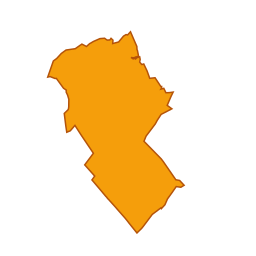 the district of Arivechi, Sonora, Mexico, rotated 243°
{"feature_id": "50627088B87528295570068", "entity_name": "Arivechi", "entity_type": "district", "adm_level": 2, "iso_a3": "MEX", "parent_name": "Mexico", "parent_adm1": "Sonora", "projection": "mercator", "projection_center": [-109.041, 28.858], "detail": "fine", "context": "isolated", "style": "filled", "palette": "amber", "viewbox_px": 256, "rotation_deg": 243, "n_neighbors": 0, "source": "geoboundaries", "source_scale": "gbopen_adm2", "svg_char_len": 1776}
<svg xmlns="http://www.w3.org/2000/svg" viewBox="0 0 256 256"><g transform="rotate(243 128 128)"><path d="M41.7,123.0L42.8,126.0L46.9,131.0L50.8,138.6L51.8,140.4L53.9,144.4L51.2,148.2L51.5,152.0L57.8,150.2L60.2,147.1L81.9,144.2L85.3,143.6L108.9,136.2L112.3,140.1L112.7,140.7L119.2,154.1L121.6,157.6L125.1,163.7L125.2,175.8L130.4,173.2L136.7,180.8L139.5,184.5L140.8,180.8L142.2,177.8L147.1,177.9L147.7,175.1L148.1,175.8L148.5,176.1L149.7,176.8L150.0,176.1L160.5,174.9L162.4,169.9L170.1,170.9L177.9,171.1L178.3,169.1L181.4,168.3L183.6,170.0L186.1,170.7L186.6,167.8L186.6,167.6L186.2,166.8L186.1,166.0L187.1,165.7L187.5,165.1L187.2,164.7L188.0,164.4L187.5,163.8L189.5,162.7L188.5,164.0L187.9,165.2L187.7,166.7L187.7,166.8L187.8,166.9L187.1,170.0L192.8,171.6L193.7,171.6L196.0,172.6L196.6,172.9L200.1,173.1L212.6,173.9L211.1,169.9L212.1,168.7L211.9,165.7L208.9,158.7L210.2,152.7L213.1,154.5L215.6,153.6L214.7,151.8L215.7,149.5L216.7,148.8L218.6,147.9L220.4,143.6L220.8,136.4L220.6,133.4L220.6,132.2L219.5,128.0L223.7,125.0L223.6,124.5L223.4,122.6L222.6,117.0L225.6,108.2L224.8,103.1L224.6,102.1L224.3,101.4L222.3,96.0L221.6,91.9L209.8,79.6L209.2,81.9L205.2,85.5L204.7,86.7L192.7,88.6L189.8,90.2L188.0,89.2L184.7,89.1L180.4,88.3L173.6,84.7L172.5,83.9L171.6,83.2L169.9,77.8L158.0,73.5L152.0,71.5L151.7,75.3L154.4,81.9L142.6,83.1L121.2,85.7L114.8,72.7L100.3,76.5L98.1,72.3L82.9,75.9L81.9,76.1L77.6,77.1L77.1,77.2L76.9,77.3L76.6,77.4L75.9,77.6L75.5,77.6L75.3,77.7L74.5,77.8L73.8,78.0L73.3,78.2L72.7,78.4L72.1,78.5L65.5,80.3L64.0,80.7L62.9,81.0L62.0,81.2L61.7,81.3L60.7,81.5L53.3,83.4L52.9,83.5L49.0,84.5L43.6,85.6L43.4,85.6L30.4,88.3L32.4,94.7L33.3,96.7L35.3,100.8L38.1,106.5L40.0,110.4L41.9,121.1L41.0,121.1L41.7,123.0Z" fill="#f59e0b" stroke="#b45309" stroke-width="1.5"/></g></svg>